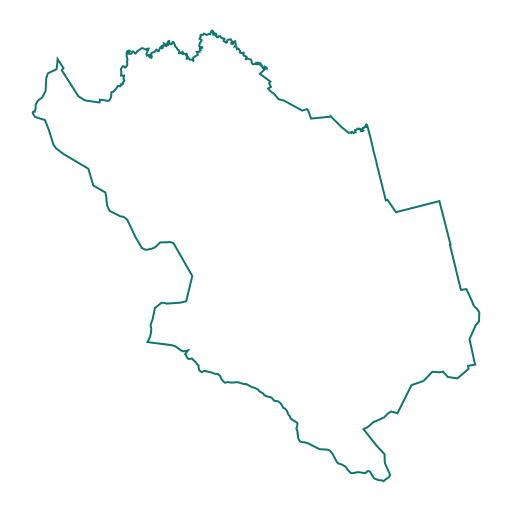 the district of Kārķu pag., Valkas, Latvia
{"feature_id": "27541924B33710891924664", "entity_name": "Kārķu pag.", "entity_type": "district", "adm_level": 2, "iso_a3": "LVA", "parent_name": "Latvia", "parent_adm1": "Valkas", "projection": "mercator", "projection_center": [25.591, 57.815], "detail": "fine", "context": "isolated", "style": "outline", "palette": "teal", "viewbox_px": 512, "rotation_deg": 0, "n_neighbors": 0, "source": "geoboundaries", "source_scale": "gbopen_adm2", "svg_char_len": 5823}
<svg xmlns="http://www.w3.org/2000/svg" viewBox="0 0 512 512"><path d="M367.2,125.3L366.4,124.5L366.0,124.7L365.9,125.7L366.3,126.1L366.0,127.0L364.6,126.7L364.0,127.8L363.0,128.0L362.5,128.7L362.6,129.7L363.4,130.4L362.9,131.0L361.0,131.2L360.5,130.0L360.7,129.3L360.3,128.9L359.5,128.6L358.8,129.2L357.6,128.6L355.9,130.1L355.1,130.1L355.6,132.2L354.8,132.2L353.8,133.2L352.2,131.8L351.9,131.8L351.2,133.0L350.2,132.5L348.5,132.8L341.2,126.8L330.4,116.0L330.0,116.7L311.1,118.6L308.7,111.9L307.7,109.8L307.0,109.1L302.2,110.6L284.2,100.7L278.6,99.2L274.2,93.9L270.4,91.2L268.1,88.5L271.0,86.9L269.1,83.3L270.5,81.7L259.9,73.8L265.4,68.7L266.1,68.3L266.8,68.7L266.9,68.3L266.5,67.7L266.0,67.8L264.8,66.8L264.6,68.2L263.6,67.6L263.3,68.3L262.8,68.1L262.3,67.1L262.3,66.2L260.5,65.4L260.5,65.1L261.0,64.8L260.5,64.5L260.4,64.0L260.6,63.7L260.0,62.9L259.2,63.3L259.3,63.6L258.9,64.0L258.3,63.5L258.1,62.8L257.7,62.6L256.6,63.2L256.2,62.9L256.0,63.6L256.4,64.2L254.7,63.9L253.7,64.4L252.5,64.0L251.6,62.3L251.6,61.2L250.7,59.5L247.3,58.5L246.3,59.3L245.7,59.1L245.7,58.5L246.5,57.8L246.7,57.0L246.0,56.4L243.6,55.6L243.4,55.1L243.8,52.9L243.6,52.6L241.9,53.1L240.0,52.7L239.8,52.3L240.3,51.4L240.2,51.0L239.5,50.5L238.9,49.1L238.0,48.7L236.8,49.2L236.5,46.9L235.8,46.3L234.8,46.5L235.8,44.8L235.5,44.2L235.6,43.5L235.2,42.9L235.3,41.4L235.1,41.1L234.1,41.6L232.7,44.2L231.5,43.8L231.2,42.8L232.1,41.4L230.7,39.3L227.7,39.9L227.2,41.1L225.9,41.6L226.8,41.8L227.0,42.4L225.8,42.6L223.8,41.0L223.7,39.7L224.5,39.1L224.3,38.6L221.3,37.9L220.3,36.2L219.0,36.1L218.4,36.4L218.3,37.2L217.0,37.3L215.8,35.6L216.5,34.8L216.0,33.9L215.0,34.5L214.5,33.2L213.8,33.5L214.1,34.6L213.3,34.7L212.8,32.4L213.2,31.6L212.8,30.9L212.0,30.7L211.0,31.8L210.2,34.2L208.9,33.9L206.8,35.0L204.0,33.6L202.9,34.9L201.2,34.7L200.5,35.2L200.6,37.3L199.8,38.0L199.6,38.9L201.5,39.9L201.6,40.6L199.6,43.4L199.7,44.4L199.2,46.0L199.7,47.0L202.1,47.1L202.3,47.3L202.3,47.7L199.9,48.9L199.9,49.5L200.6,50.1L199.7,50.7L199.6,51.8L196.8,51.9L197.6,53.3L197.8,54.9L193.3,57.5L193.0,58.5L193.6,60.3L193.2,60.8L191.9,59.8L190.0,59.6L188.5,57.9L187.3,58.8L186.7,58.8L186.6,57.9L187.6,56.4L187.2,55.8L186.1,55.5L186.2,55.1L187.0,54.5L186.4,53.7L182.5,54.1L182.2,53.5L183.1,52.7L182.6,51.8L180.0,53.2L179.0,53.0L179.2,50.9L178.9,50.4L177.4,49.4L176.6,47.6L175.3,46.6L174.9,44.9L173.3,42.0L172.6,42.0L172.1,43.4L171.5,44.1L170.3,44.3L169.7,43.8L169.2,41.0L168.4,41.2L167.4,42.8L167.4,43.2L168.3,43.6L167.6,44.0L168.1,44.5L167.9,45.0L167.2,45.1L166.4,46.2L165.8,46.0L165.3,44.1L164.2,43.6L164.6,44.6L164.4,45.3L163.4,45.1L163.3,46.1L162.3,46.1L162.8,47.4L162.6,48.2L161.8,48.3L160.8,47.0L160.0,47.9L158.8,51.0L157.6,50.9L156.6,49.6L156.3,49.6L154.6,51.9L151.8,52.8L151.1,53.8L151.8,56.8L151.4,57.8L150.0,57.4L149.4,56.7L150.3,56.1L150.5,55.6L150.3,55.0L148.9,54.8L146.9,55.6L146.4,53.9L148.6,48.7L147.1,48.7L146.1,49.7L142.8,48.2L141.7,48.2L137.1,51.4L135.6,53.5L134.7,53.2L133.6,51.6L133.1,51.4L132.4,51.7L131.1,53.8L128.8,53.8L128.0,53.5L128.8,52.7L128.8,52.1L129.0,51.7L129.9,51.1L129.1,50.6L128.1,50.8L127.2,51.4L126.6,53.1L126.7,56.1L127.4,59.2L127.4,60.4L127.0,61.5L127.3,63.5L127.2,65.1L125.8,67.1L125.0,67.6L124.2,66.5L122.8,66.2L120.8,69.3L121.4,71.9L121.0,75.5L124.0,75.5L124.0,76.4L123.7,76.8L123.5,78.9L124.2,79.9L124.3,80.9L122.8,82.5L123.2,83.4L122.6,84.1L121.0,84.3L121.3,84.9L120.6,85.1L120.3,86.3L117.8,85.9L117.2,87.2L113.5,91.6L111.5,92.1L111.1,97.0L109.9,99.4L109.1,100.4L108.0,100.9L100.0,99.6L99.5,102.5L84.9,100.4L78.3,96.2L61.7,70.1L63.5,68.2L57.6,59.1L57.3,63.4L56.5,69.3L48.3,73.1L47.7,73.8L46.2,78.5L45.6,90.9L42.3,97.4L37.8,100.7L35.7,104.5L35.6,108.7L35.1,109.8L34.6,111.8L33.3,111.6L32.7,112.7L33.3,114.3L35.0,116.9L45.0,120.1L48.9,130.1L53.4,144.5L56.0,148.3L63.3,153.9L88.3,168.7L93.3,185.5L105.4,192.5L106.4,198.2L106.6,201.9L107.1,203.3L107.0,205.2L109.5,210.8L120.3,216.3L123.5,216.8L127.2,219.6L135.6,237.4L141.8,247.8L144.5,249.4L146.8,249.8L152.3,248.5L155.0,247.3L160.2,242.4L170.7,242.1L173.5,243.2L192.3,276.0L186.2,301.3L179.9,302.7L166.6,303.6L164.5,302.9L161.4,302.8L154.9,308.1L152.7,318.9L150.7,324.6L150.6,325.4L151.3,329.0L150.9,332.9L150.0,336.9L147.5,342.1L171.8,345.2L175.2,346.2L181.3,350.6L183.9,351.4L188.0,350.3L185.1,354.2L185.7,354.5L186.9,357.3L188.0,358.6L189.2,359.2L191.7,358.4L195.9,362.3L197.6,364.9L198.5,365.4L198.6,367.6L199.4,370.5L201.9,372.2L204.2,370.8L211.2,372.4L214.9,373.8L218.0,374.1L220.3,376.1L221.0,378.5L223.7,381.8L225.0,382.7L227.4,382.1L231.6,382.6L237.7,382.2L243.8,384.0L246.4,384.1L251.7,387.1L254.3,387.7L258.1,389.6L259.1,391.1L263.7,393.9L263.9,394.8L265.9,396.1L271.3,397.4L274.3,400.8L277.9,401.3L280.4,403.0L281.9,405.1L283.1,407.8L285.2,408.7L286.9,410.9L288.5,414.8L289.9,416.2L290.4,417.8L291.1,418.9L297.3,422.9L297.4,423.6L297.2,426.0L296.3,428.9L296.8,429.7L297.6,431.9L297.7,432.8L297.4,433.4L297.9,434.8L298.0,437.1L298.6,439.2L299.8,441.1L301.1,442.0L305.4,442.5L307.8,443.2L319.6,449.2L327.1,449.6L329.7,450.5L332.3,453.5L337.0,462.2L338.3,463.4L341.7,464.5L344.7,466.1L346.1,467.3L347.6,469.7L350.7,472.9L352.4,473.2L358.2,472.1L365.2,473.2L367.7,471.1L369.0,471.2L369.9,471.6L373.2,477.1L374.4,478.5L378.8,480.2L382.4,480.4L383.6,481.3L385.8,479.2L388.7,477.4L390.2,475.1L385.0,463.3L384.7,461.1L384.6,454.3L376.9,446.1L363.5,429.2L368.0,426.9L374.1,421.5L374.6,421.7L384.1,417.4L387.7,413.7L391.1,411.5L397.5,413.2L411.5,385.1L423.5,381.0L432.3,371.8L439.6,372.3L443.0,371.6L447.9,377.0L457.4,378.4L468.5,368.9L468.1,365.8L475.2,364.6L474.9,363.9L469.5,339.1L475.7,325.3L479.0,321.4L479.3,312.3L476.7,308.6L474.6,306.7L472.8,303.9L472.5,302.3L466.4,289.1L460.9,289.9L450.3,246.3L449.9,244.6L450.5,244.5L439.4,201.1L395.9,212.2L387.5,199.8L385.8,200.4L376.5,163.0L376.5,162.2L373.4,150.7L371.4,141.3L367.2,125.3Z" fill="none" stroke="#0f766e" stroke-width="2"/></svg>